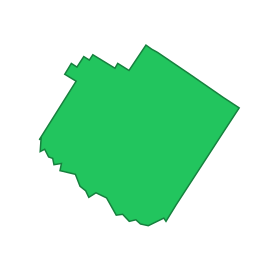 the district of Washington, Indiana, United States of America, rotated 213°
{"feature_id": "52423323B26217734991778", "entity_name": "Washington", "entity_type": "district", "adm_level": 2, "iso_a3": "USA", "parent_name": "United States of America", "parent_adm1": "Indiana", "projection": "robinson", "projection_center": [-86.055, 38.601], "detail": "fine", "context": "isolated", "style": "filled", "palette": "green", "viewbox_px": 256, "rotation_deg": 213, "n_neighbors": 0, "source": "geoboundaries", "source_scale": "gbopen_adm2", "svg_char_len": 649}
<svg xmlns="http://www.w3.org/2000/svg" viewBox="0 0 256 256"><g transform="rotate(213 128 128)"><path d="M57.8,57.1L48.9,71.9L45.3,70.4L45.8,90.0L45.8,178.4L45.7,205.4L64.9,205.5L105.4,206.7L144.4,207.5L151.1,207.0L158.1,207.3L158.5,176.8L171.8,176.6L171.5,171.0L197.4,170.3L197.4,163.9L204.0,163.8L204.0,151.3L210.7,151.3L210.5,145.2L210.3,138.6L197.0,139.0L196.0,69.8L195.2,71.9L188.8,60.4L186.3,64.8L178.8,60.5L174.6,61.5L170.1,56.9L164.5,62.0L161.8,55.2L146.9,60.5L136.5,53.0L129.3,52.3L123.1,48.5L119.6,56.2L107.9,57.7L90.4,48.5L85.5,52.7L76.1,50.4L71.4,55.3L65.3,54.3L57.8,57.1Z" fill="#22c55e" stroke="#15803d" stroke-width="1.5"/></g></svg>